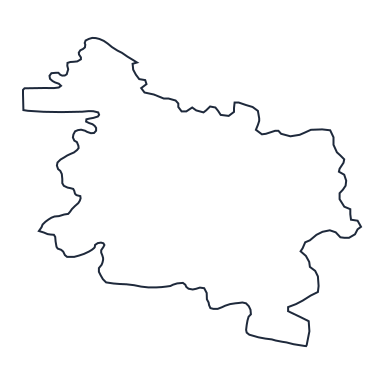 the district of Staryya Darohi, Minsk, Belarus
{"feature_id": "67162791B98065545782790", "entity_name": "Staryya Darohi", "entity_type": "district", "adm_level": 2, "iso_a3": "BLR", "parent_name": "Belarus", "parent_adm1": "Minsk", "projection": "equal_earth", "projection_center": [28.161, 53.049], "detail": "fine", "context": "isolated", "style": "outline", "palette": "slate", "viewbox_px": 384, "rotation_deg": 0, "n_neighbors": 0, "source": "geoboundaries", "source_scale": "gbopen_adm2", "svg_char_len": 3618}
<svg xmlns="http://www.w3.org/2000/svg" viewBox="0 0 384 384"><path d="M343.8,161.4L344.2,159.3L340.2,155.3L336.9,152.3L333.5,144.8L333.5,137.3L330.2,130.3L322.2,129.4L310.9,129.8L304.3,132.8L299.7,134.8L290.4,136.3L281.1,133.8L278.4,130.8L275.1,130.8L265.9,133.8L261.9,134.3L255.9,129.8L257.9,124.9L259.2,120.9L259.2,118.4L257.9,110.9L252.6,107.0L245.9,105.0L238.6,102.5L234.6,102.5L234.0,108.0L234.0,111.9L228.7,115.9L220.7,114.9L218.1,110.9L215.4,107.5L210.1,106.5L206.1,110.4L203.5,112.4L196.2,110.4L192.2,107.5L186.3,111.4L181.6,111.4L178.3,107.0L178.3,103.5L175.6,100.5L168.4,98.5L163.7,98.5L153.8,94.5L144.5,92.5L141.2,88.1L146.5,84.1L145.2,80.1L139.2,79.1L135.9,74.7L133.2,69.7L132.6,63.8L137.0,62.5L133.2,60.1L127.4,56.6L121.9,52.8L117.5,50.6L112.0,47.1L107.6,43.5L103.8,40.9L99.5,39.0L95.9,38.1L92.3,37.9L88.9,38.9L85.6,40.5L84.7,43.0L85.3,44.7L84.9,47.4L83.0,49.0L80.3,50.3L78.8,52.6L79.0,54.5L80.9,57.4L80.9,59.3L77.3,61.4L73.5,61.8L70.3,62.0L67.5,62.9L67.3,65.8L68.2,69.3L66.7,74.3L64.8,75.5L62.2,75.6L60.3,74.8L58.4,72.8L55.9,72.8L51.4,73.2L49.5,75.8L50.0,78.8L52.5,81.0L55.0,82.4L58.8,83.7L61.0,85.8L58.8,87.5L53.8,88.1L44.6,88.0L24.5,88.3L23.0,89.9L23.0,93.2L23.0,94.2L23.4,110.1L27.9,110.8L43.8,111.8L61.2,112.1L72.3,111.9L82.3,111.7L88.7,111.1L93.2,111.2L98.2,112.4L99.1,114.8L97.9,116.5L93.4,117.9L89.4,118.6L86.4,119.3L86.1,121.6L89.2,123.1L92.5,124.2L94.7,125.9L96.1,127.9L96.1,130.7L94.0,133.0L90.9,133.2L87.1,131.9L85.0,130.7L81.1,129.7L78.0,130.1L75.1,131.3L73.4,134.5L72.9,137.5L74.3,140.6L76.9,142.1L78.4,145.8L78.6,148.1L77.1,150.0L73.9,152.5L70.6,153.9L67.2,155.5L64.2,157.4L60.6,159.5L57.5,162.5L56.9,165.6L58.1,169.1L60.3,170.9L61.8,174.0L62.3,179.0L62.3,183.2L63.8,185.8L67.6,187.6L70.2,188.1L73.2,188.9L74.2,190.7L75.0,193.7L76.4,195.1L78.2,195.6L80.3,196.1L80.6,198.3L79.8,200.7L78.3,203.1L75.0,206.0L71.9,209.1L70.1,211.7L68.2,213.9L64.2,214.5L59.0,216.1L54.5,216.5L51.4,217.7L48.5,219.5L45.5,221.7L42.6,224.5L41.5,227.3L38.9,231.0L43.8,232.5L47.6,234.1L50.3,234.5L53.9,234.8L55.2,236.9L55.6,241.5L56.5,246.8L57.7,248.6L61.1,249.8L63.2,251.6L64.9,255.1L67.1,256.9L74.1,256.9L78.9,255.6L84.0,253.9L88.9,251.6L91.9,249.8L94.0,248.1L94.7,247.3L95.1,244.9L97.8,243.1L101.0,242.6L103.4,243.3L104.4,245.0L103.4,247.0L101.2,250.2L101.2,252.6L102.3,255.3L103.1,258.0L103.1,259.8L102.5,262.5L101.6,264.8L98.9,268.1L98.9,271.8L100.6,275.2L102.9,279.2L106.1,282.4L113.5,283.5L119.7,284.0L126.5,284.3L134.1,285.2L141.1,286.6L148.3,287.4L156.2,287.4L161.5,287.1L166.0,286.6L170.4,286.0L173.0,284.7L177.2,283.4L182.9,282.9L185.3,284.7L186.3,286.9L188.5,288.7L192.7,289.5L196.1,288.8L199.9,287.6L204.2,288.2L206.7,293.0L206.9,299.3L208.6,302.5L209.1,305.2L210.4,308.1L213.5,308.9L217.6,308.9L222.0,307.2L225.2,305.7L230.1,304.1L235.4,303.3L238.6,303.0L242.4,302.5L246.0,303.3L248.8,306.2L250.5,309.8L250.9,314.3L248.6,316.7L247.5,320.5L246.7,325.0L246.1,329.9L246.7,332.6L249.3,334.7L254.6,336.2L258.4,337.3L265.4,338.6L271.8,339.4L275.6,340.5L282.4,341.8L286.4,342.4L293.5,344.2L304.9,346.0L306.1,346.1L306.7,345.0L309.4,331.3L308.7,321.2L300.7,317.2L288.1,311.2L288.1,307.1L296.0,304.1L302.7,300.6L310.6,295.6L317.9,292.0L318.6,286.0L317.9,276.4L315.2,270.9L309.9,266.9L309.2,261.9L305.9,255.9L300.6,251.3L302.6,248.3L305.2,242.3L309.9,240.3L316.5,234.8L322.5,231.8L329.8,230.3L335.7,232.3L340.4,237.3L344.4,237.8L349.0,237.8L355.0,234.3L357.6,229.3L361.0,226.8L357.6,220.7L351.0,219.7L350.3,214.2L350.3,209.2L344.3,206.7L339.6,199.2L339.6,193.2L342.9,189.7L345.6,185.7L346.2,180.7L344.2,174.7L338.9,171.7L339.6,168.7L343.5,162.8L343.8,161.4Z" fill="none" stroke="#1e293b" stroke-width="2"/></svg>